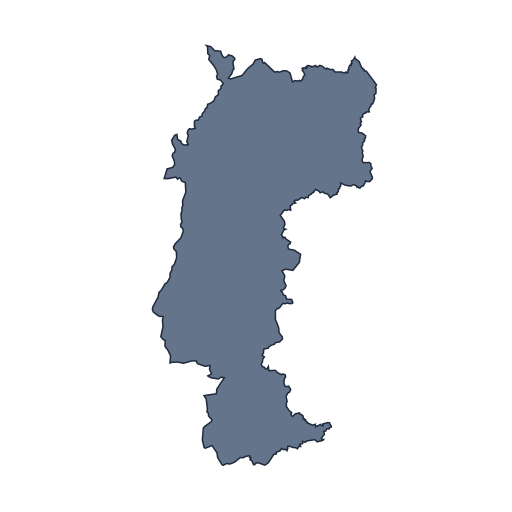 outline of Mzimba, Mzimba, Malawi, rotated 9°
{"feature_id": "42251766B77624810989827", "entity_name": "Mzimba", "entity_type": "district", "adm_level": 2, "iso_a3": "MWI", "parent_name": "Malawi", "parent_adm1": "Mzimba", "projection": "albers", "projection_center": [33.674, -11.849], "detail": "fine", "context": "isolated", "style": "filled", "palette": "slate", "viewbox_px": 512, "rotation_deg": 9, "n_neighbors": 0, "source": "geoboundaries", "source_scale": "gbopen_adm2", "svg_char_len": 6046}
<svg xmlns="http://www.w3.org/2000/svg" viewBox="0 0 512 512"><g transform="rotate(9 256 256)"><path d="M290.6,459.9L297.5,461.2L300.6,458.2L304.7,449.0L307.0,448.4L306.8,446.5L310.2,444.8L311.3,442.1L313.5,443.0L315.6,442.2L317.0,443.5L317.6,440.7L317.0,439.3L317.8,438.6L323.4,439.4L325.1,439.1L327.1,439.9L328.1,437.4L329.9,437.1L328.7,435.2L331.4,434.0L331.1,431.8L333.9,432.3L335.1,430.7L342.9,428.2L345.5,430.0L350.8,427.7L351.5,426.6L349.6,426.8L349.1,425.6L351.5,421.4L350.3,418.7L352.2,418.0L353.0,415.5L355.2,415.4L355.3,414.2L357.6,412.9L357.1,413.0L356.9,412.0L355.3,410.7L354.9,409.3L352.9,409.3L348.2,411.5L348.8,413.2L347.4,413.3L346.1,412.2L342.1,415.2L342.2,414.6L341.2,414.3L341.0,412.9L338.5,414.2L332.6,412.7L332.8,412.1L331.0,411.4L330.7,410.1L329.7,410.4L329.2,409.2L328.1,409.5L327.6,406.7L325.4,405.4L323.6,405.1L323.4,404.2L319.5,405.7L317.4,408.5L316.3,408.3L315.2,407.0L315.9,405.3L312.6,403.2L309.5,399.7L309.0,396.7L309.5,394.6L307.6,390.0L309.0,386.2L310.5,385.1L311.1,382.2L308.6,379.4L306.8,380.2L304.7,379.9L303.4,376.8L303.1,373.3L304.2,370.9L303.5,368.8L301.0,368.3L299.5,369.2L295.1,367.6L293.0,365.9L286.6,367.3L285.5,363.2L284.4,366.0L283.3,366.1L281.3,364.4L279.5,364.3L278.0,361.9L278.9,359.9L278.9,356.3L280.1,354.4L277.6,353.3L278.5,350.7L278.3,346.7L282.4,345.2L282.8,343.9L285.1,341.7L288.2,340.1L288.6,338.6L292.7,337.2L295.2,333.6L294.7,331.9L290.8,328.1L289.6,323.3L285.1,315.5L283.7,306.9L285.3,304.7L287.2,303.7L289.9,298.6L292.4,298.6L293.7,297.6L297.0,297.8L299.2,297.2L299.7,296.4L298.0,293.3L293.1,293.9L291.4,290.7L289.0,290.0L287.6,287.4L286.0,286.6L286.2,285.7L288.0,285.2L289.5,283.6L290.4,280.7L287.3,276.0L287.6,271.3L284.0,266.5L287.2,264.4L294.7,264.4L299.8,255.5L299.8,247.4L292.9,244.2L287.1,244.1L285.9,241.5L286.4,239.3L287.8,238.6L288.0,236.8L283.2,234.7L281.8,233.0L279.6,233.8L279.3,232.4L277.8,231.2L279.5,225.8L281.1,224.9L279.1,224.5L278.7,223.6L279.7,220.2L278.5,217.0L273.6,212.1L277.0,206.0L279.0,206.2L280.5,205.1L283.1,205.3L282.0,201.4L284.4,198.4L286.9,197.3L285.1,195.9L286.0,194.7L288.6,194.3L292.0,191.1L295.0,191.8L296.1,190.1L298.3,190.2L298.6,188.0L301.1,186.1L301.8,184.5L302.9,184.2L304.5,180.9L308.2,182.2L309.4,183.5L312.1,182.2L313.8,183.3L317.2,183.6L320.2,186.9L323.1,183.7L326.4,182.2L325.8,181.0L327.2,179.6L327.0,176.8L328.0,176.3L327.9,174.8L328.7,173.7L328.2,170.7L333.2,172.1L337.1,172.2L339.2,171.8L341.2,170.1L344.2,171.1L344.9,172.2L345.6,171.5L346.8,172.6L348.0,172.7L349.1,171.0L351.1,169.9L352.6,165.1L351.9,164.4L353.8,165.1L356.6,164.8L358.8,161.6L358.6,159.8L355.3,154.8L357.0,151.3L355.3,149.1L355.1,147.0L353.4,145.9L347.4,147.1L346.0,145.5L345.7,143.3L346.4,141.2L344.7,136.9L345.2,135.7L343.1,132.3L344.0,129.8L343.7,127.8L345.3,125.1L344.7,123.8L345.6,122.5L345.5,120.1L341.4,117.9L337.9,118.0L337.1,114.2L339.3,110.2L338.1,108.6L339.2,106.9L337.5,103.7L339.7,101.8L339.1,100.4L340.3,98.2L342.0,97.6L342.4,96.5L345.4,95.9L344.5,94.1L345.3,90.8L346.1,90.0L345.8,88.7L346.1,87.9L347.2,87.7L348.1,85.1L348.5,81.9L347.5,78.4L349.0,76.7L348.3,71.4L347.5,71.1L348.2,68.0L336.0,56.1L334.3,56.3L333.7,55.0L332.6,55.0L332.2,53.9L330.7,53.2L327.5,47.9L322.8,45.2L322.5,44.2L321.0,47.7L319.8,48.3L320.6,50.7L319.8,51.1L320.2,52.8L319.1,52.7L318.7,53.4L318.1,55.7L318.5,57.4L317.7,57.8L318.3,59.7L317.7,60.7L316.4,60.2L316.3,60.9L315.5,60.6L314.3,61.6L311.9,60.9L305.1,61.9L303.0,59.7L300.4,60.2L296.6,59.4L296.4,60.2L295.3,60.3L292.0,58.3L289.3,57.7L286.7,59.9L285.0,58.5L281.3,60.7L280.7,59.9L277.4,59.7L275.8,61.2L276.0,62.1L276.8,62.0L276.2,63.0L274.0,62.5L272.3,63.4L273.1,63.8L272.6,65.6L273.8,66.2L275.9,69.5L274.6,71.5L274.7,73.1L273.1,76.1L271.5,75.7L270.0,76.7L267.1,76.6L264.8,78.2L261.0,70.0L257.8,68.5L256.3,68.4L253.9,68.8L250.1,70.9L248.3,70.4L246.6,71.3L245.0,71.0L234.3,63.6L233.5,64.4L232.6,64.1L231.1,60.7L229.6,60.3L224.6,62.6L223.1,66.9L218.5,72.2L214.0,79.9L203.2,85.1L200.9,84.5L203.5,79.9L204.2,75.3L205.0,74.7L203.1,69.1L203.1,66.8L204.3,65.2L203.9,63.9L200.6,61.8L198.7,62.1L197.7,61.4L195.1,64.6L192.9,64.9L190.7,62.5L189.0,59.2L183.1,59.7L178.6,56.3L174.2,55.9L175.4,56.9L176.7,63.7L178.9,65.2L178.6,69.3L184.8,74.9L187.6,78.3L189.7,82.4L188.9,84.8L190.1,87.4L193.5,87.8L196.9,91.0L194.8,93.7L195.2,96.1L192.9,98.7L193.6,102.5L190.9,105.2L190.2,109.2L187.1,112.3L184.5,113.7L184.4,116.9L182.9,118.5L182.6,120.9L180.7,123.7L180.8,126.1L178.6,127.5L177.6,130.9L175.4,131.2L174.1,132.6L174.9,137.5L176.0,139.4L172.5,140.8L170.4,140.6L169.3,142.2L168.8,145.3L170.3,147.7L169.7,153.8L171.6,156.6L168.1,157.6L165.9,157.1L164.3,155.7L164.0,154.4L160.2,153.0L158.9,148.3L156.8,149.4L154.6,154.8L155.9,158.3L159.7,163.3L159.4,166.3L158.0,167.6L157.5,170.1L160.7,175.4L161.3,178.6L159.6,181.7L154.6,183.8L153.2,193.9L157.0,193.4L164.6,190.6L166.5,192.4L168.0,191.0L169.1,190.9L170.9,193.7L174.7,194.6L176.7,204.0L174.8,212.8L175.8,217.7L175.2,220.3L175.9,222.4L175.3,226.3L176.5,231.5L177.7,233.7L176.5,236.5L177.3,239.1L179.4,240.4L180.3,242.7L179.0,249.7L174.2,256.7L173.1,259.9L173.6,261.7L176.6,264.1L177.9,270.2L176.6,277.1L174.7,279.8L175.1,282.9L173.8,286.7L174.4,290.4L172.5,295.9L170.4,297.8L167.8,304.7L165.8,307.2L165.8,311.7L162.1,322.2L162.0,325.0L163.4,327.4L168.5,330.2L170.6,330.8L173.2,330.2L173.9,330.6L173.6,333.9L175.2,340.2L174.6,350.6L177.4,353.1L179.5,353.5L180.2,359.4L184.1,363.3L187.2,368.0L187.8,375.2L189.4,374.2L195.1,373.0L201.1,373.3L208.9,369.7L213.4,369.0L215.0,371.5L223.1,372.9L227.7,371.4L227.8,375.2L230.2,378.7L229.8,380.1L227.1,381.9L227.5,382.3L230.7,383.3L238.0,383.4L240.3,381.2L243.7,381.1L238.1,393.6L238.4,398.3L226.5,402.0L229.3,405.3L231.9,414.7L231.9,417.7L233.4,418.4L234.2,421.5L238.0,424.6L237.9,426.5L232.1,432.2L230.9,434.2L231.8,446.1L234.8,453.4L236.1,453.7L242.3,450.1L248.3,456.6L249.6,461.1L255.2,467.6L256.5,467.8L259.3,465.6L262.7,465.6L267.2,462.9L271.9,457.7L275.5,457.0L276.7,455.7L280.7,454.3L281.4,454.7L281.1,455.9L282.6,456.4L281.9,458.1L283.9,458.8L286.1,462.4L287.3,462.4L288.1,460.7L290.6,459.9Z" fill="#64748b" stroke="#1e293b" stroke-width="1.5"/></g></svg>